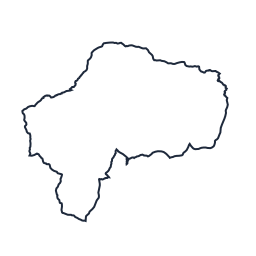 outline of Pisba, Boyacá, Colombia, rotated 353°
{"feature_id": "7082276B47787329077767", "entity_name": "Pisba", "entity_type": "district", "adm_level": 2, "iso_a3": "COL", "parent_name": "Colombia", "parent_adm1": "Boyacá", "projection": "orthographic", "projection_center": [-72.451, 5.73], "detail": "fine", "context": "isolated", "style": "outline", "palette": "slate", "viewbox_px": 256, "rotation_deg": 353, "n_neighbors": 0, "source": "geoboundaries", "source_scale": "gbopen_adm2", "svg_char_len": 5723}
<svg xmlns="http://www.w3.org/2000/svg" viewBox="0 0 256 256"><g transform="rotate(353 128 128)"><path d="M74.6,215.1L75.4,211.1L75.8,210.2L78.8,208.1L79.7,206.3L82.8,204.1L84.8,202.2L88.1,196.1L90.5,193.6L90.8,192.3L90.9,191.1L90.7,188.5L93.0,181.6L93.2,179.9L93.0,175.5L93.3,175.1L94.0,175.3L94.7,175.7L95.6,175.5L96.4,176.0L97.6,175.7L98.8,175.1L99.2,175.2L99.7,174.9L101.2,175.1L101.6,174.8L101.7,174.5L102.1,174.4L103.1,174.6L102.8,174.0L102.1,173.3L101.7,172.4L100.5,171.2L100.3,170.7L100.3,170.4L100.7,169.8L101.4,169.5L103.0,168.4L104.1,167.2L104.9,165.7L106.1,164.5L106.6,162.5L107.2,161.4L107.3,159.8L107.5,159.4L108.1,158.8L108.3,157.4L108.6,156.6L109.6,155.7L110.0,155.4L110.6,154.3L111.6,153.3L112.0,152.2L112.7,151.6L112.9,149.4L113.1,148.9L113.8,148.3L114.0,147.9L115.2,149.3L115.3,150.0L116.0,150.4L116.7,151.1L119.8,153.3L122.7,156.3L123.5,157.3L123.5,157.5L122.9,158.2L122.9,158.7L122.8,159.2L123.1,159.7L122.5,161.5L122.7,162.6L122.2,163.2L122.2,163.7L122.8,163.3L122.9,162.9L123.2,162.7L123.2,161.3L123.6,161.0L123.7,160.4L124.5,159.6L124.4,158.6L124.6,158.4L126.0,158.7L128.1,157.9L128.5,157.8L129.7,157.9L130.4,158.5L130.9,158.1L132.1,157.9L133.4,157.3L134.5,157.3L135.5,157.1L137.2,156.3L138.2,156.3L139.1,156.2L140.2,156.9L140.6,157.3L141.2,157.3L141.7,157.5L142.7,157.6L143.5,157.9L144.2,158.6L144.5,158.6L145.7,158.2L146.7,157.6L148.1,156.8L149.4,155.6L152.2,154.9L154.9,154.7L158.4,155.3L160.5,156.2L162.3,157.8L163.2,158.8L165.7,162.2L165.9,162.7L166.9,162.4L169.2,162.2L170.7,161.7L172.9,161.6L175.3,161.8L178.1,161.7L179.0,161.2L179.9,159.6L180.5,159.1L181.8,158.4L183.6,157.0L185.5,154.2L186.5,152.2L187.3,151.3L188.2,153.2L189.8,155.6L190.6,156.5L192.1,157.2L195.6,157.4L196.7,157.0L198.5,156.6L200.5,156.6L202.9,156.9L204.5,157.5L207.2,158.0L208.7,157.7L210.8,156.6L211.6,155.4L212.1,154.3L212.6,152.9L212.7,151.5L213.4,150.8L215.1,150.0L216.2,149.0L218.0,145.6L219.1,143.8L220.1,139.2L221.6,136.2L225.0,130.2L225.5,129.0L225.8,128.6L227.1,125.0L227.1,122.8L227.4,122.0L229.0,119.4L229.9,117.0L229.4,112.3L230.1,110.8L230.2,110.2L229.8,109.9L228.6,108.2L228.5,107.6L227.8,107.5L227.5,106.4L228.0,105.7L228.5,105.3L228.6,105.0L228.7,104.5L228.5,104.1L228.3,104.0L228.3,103.7L228.6,103.2L229.6,102.4L230.2,102.1L230.4,101.3L230.8,100.9L230.3,100.4L229.8,100.1L229.9,99.1L230.2,98.7L230.2,98.2L229.6,97.5L228.8,97.4L228.5,96.8L227.9,96.6L226.9,94.7L226.2,94.0L225.7,93.8L224.6,92.5L224.1,92.7L223.7,92.5L223.3,92.5L223.1,92.4L222.8,91.8L223.0,91.4L223.7,91.3L223.7,90.5L223.8,90.2L224.4,90.2L224.7,89.8L224.7,88.6L224.1,87.9L224.2,87.4L224.0,86.6L224.7,86.3L225.2,85.6L225.7,85.2L224.3,83.9L223.1,83.2L222.7,82.7L222.0,82.4L221.8,82.1L218.6,81.9L217.8,81.6L216.4,80.4L215.6,80.4L215.3,80.9L213.6,80.7L212.4,80.9L211.0,82.3L210.2,82.3L208.6,81.3L207.6,80.9L207.2,80.5L206.0,78.6L206.0,76.1L206.0,75.8L205.5,75.4L205.0,75.3L203.8,75.5L201.9,74.7L200.8,74.9L199.4,75.0L197.7,74.5L196.3,74.5L193.7,73.6L192.6,72.4L192.1,69.9L191.9,69.5L191.5,69.3L189.5,69.0L187.5,69.1L184.6,69.5L182.2,70.1L180.5,69.9L178.6,69.0L175.7,68.7L174.4,67.6L172.3,66.2L169.4,65.4L168.3,64.7L164.6,64.5L163.4,64.0L162.3,63.9L161.7,62.9L161.4,61.7L161.3,59.7L160.7,58.4L158.1,55.4L157.3,53.1L155.6,51.1L152.7,50.9L151.5,50.4L148.5,48.7L147.1,48.6L145.7,48.3L142.5,46.6L141.3,46.3L139.2,46.3L137.8,46.7L136.9,46.6L136.4,46.4L136.1,46.5L135.8,46.7L135.6,46.7L134.9,46.2L133.5,44.4L132.3,43.4L131.9,42.8L131.6,42.6L130.3,42.6L129.2,42.9L127.9,42.9L126.5,42.0L125.1,42.0L123.5,41.3L120.3,41.0L116.5,40.9L115.6,41.0L114.6,40.9L113.8,41.4L113.2,42.1L112.3,43.7L111.6,44.0L109.2,44.4L107.9,44.8L104.8,46.2L103.6,46.8L101.2,48.8L100.9,49.8L100.9,51.1L100.0,53.1L99.0,54.3L97.8,55.2L96.8,55.8L96.3,56.4L95.9,59.4L95.0,61.5L94.7,64.0L94.0,65.3L92.7,66.3L90.8,67.1L90.3,67.9L89.8,68.1L88.6,69.5L87.5,70.2L87.2,70.9L86.3,71.4L85.7,72.4L84.4,73.0L83.7,74.2L82.7,74.9L81.8,75.0L81.1,76.1L81.2,76.7L81.1,77.0L81.5,77.7L81.2,78.1L81.2,78.8L80.9,79.2L79.7,80.2L79.4,80.6L78.8,80.7L77.7,80.5L77.4,80.6L77.1,81.1L75.1,82.3L75.3,82.9L76.3,83.5L75.0,83.8L71.4,83.8L68.9,84.8L66.8,85.0L66.4,85.7L65.7,85.6L64.8,86.1L63.7,86.0L62.2,86.3L61.6,86.7L61.0,86.6L60.6,87.0L59.8,87.0L59.1,87.6L57.8,88.2L55.9,88.4L55.3,88.3L54.7,87.1L53.5,86.1L52.6,86.2L52.1,85.9L51.7,86.1L51.1,85.8L50.9,85.9L49.7,86.0L49.0,86.6L48.0,86.8L47.8,87.0L47.7,87.9L46.4,88.1L45.6,88.9L45.0,89.7L44.2,90.3L41.5,91.6L39.9,93.0L39.1,93.6L38.0,94.9L37.6,94.9L35.5,94.3L33.1,94.5L31.3,95.0L29.5,96.3L27.3,96.8L25.2,98.3L25.3,100.1L25.5,100.7L26.5,101.8L26.8,103.3L26.6,105.4L26.0,107.1L26.0,107.7L26.5,108.7L27.6,110.4L27.6,112.1L27.2,112.7L26.0,113.6L25.8,114.3L25.9,114.9L26.9,117.6L27.1,119.4L28.1,120.9L28.5,121.2L29.8,121.5L30.1,123.0L30.1,124.2L29.8,125.9L30.0,126.9L29.9,127.3L29.4,128.3L29.3,129.0L29.4,131.2L29.2,132.5L28.8,134.7L28.0,135.8L28.1,137.2L27.5,138.3L27.3,139.0L27.4,139.5L27.9,141.2L27.9,141.7L26.9,143.3L29.2,143.8L31.7,143.4L34.4,142.3L34.7,142.4L34.7,142.7L35.7,142.9L36.2,143.3L36.9,145.0L37.7,145.9L38.3,147.1L39.3,147.9L39.5,149.2L39.6,150.7L40.1,152.2L40.4,152.5L42.5,153.3L42.7,153.9L44.1,154.2L44.7,154.1L45.0,154.2L45.6,154.8L45.8,155.3L46.1,158.1L47.5,160.0L49.3,161.5L52.0,162.8L52.7,164.3L55.1,165.3L55.6,165.4L56.7,166.0L56.8,166.2L56.5,167.2L55.5,169.3L54.8,170.3L54.8,172.6L54.4,173.4L53.8,174.3L52.3,175.5L51.5,177.2L50.9,178.1L49.6,179.2L48.8,181.4L49.3,185.5L49.8,186.1L49.4,187.4L49.5,189.0L49.9,189.8L51.0,191.1L51.2,193.8L51.4,194.1L52.9,194.6L53.1,195.4L52.9,197.9L52.0,201.2L52.3,203.8L52.7,204.3L53.5,204.5L57.5,206.7L58.9,207.0L60.9,207.2L61.6,207.8L63.3,208.1L63.9,208.5L64.6,209.7L65.1,210.1L66.6,211.0L68.4,212.5L69.7,213.1L71.2,214.2L72.6,214.6L73.6,214.6L74.6,215.1Z" fill="none" stroke="#1e293b" stroke-width="2"/></g></svg>